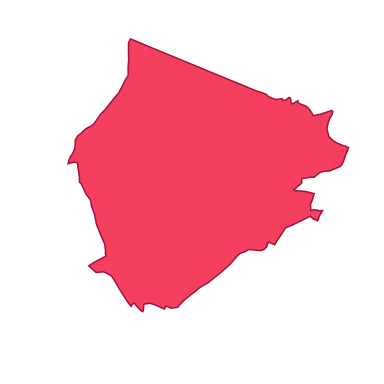 Baquba, Diyala, Iraq, rotated 203°
{"feature_id": "34846034B22760566253423", "entity_name": "Baquba", "entity_type": "district", "adm_level": 2, "iso_a3": "IRQ", "parent_name": "Iraq", "parent_adm1": "Diyala", "projection": "natural_earth1", "projection_center": [44.628, 33.645], "detail": "fine", "context": "isolated", "style": "filled", "palette": "rose", "viewbox_px": 384, "rotation_deg": 203, "n_neighbors": 0, "source": "geoboundaries", "source_scale": "gbopen_adm2", "svg_char_len": 2851}
<svg xmlns="http://www.w3.org/2000/svg" viewBox="0 0 384 384"><g transform="rotate(203 192 192)"><path d="M92.4,302.9L92.7,303.6L92.9,304.5L93.1,305.9L93.7,309.1L93.8,311.0L93.9,313.4L93.4,318.0L94.0,321.3L95.6,321.4L96.5,320.6L99.0,318.4L102.2,315.5L103.1,314.7L104.0,313.9L105.7,312.7L107.1,311.8L108.6,310.7L110.3,309.6L111.8,311.0L113.2,312.0L115.2,313.3L118.8,315.1L122.0,315.6L125.2,315.4L127.6,315.4L129.5,315.9L130.1,317.4L130.6,316.7L132.9,313.7L134.7,312.1L136.2,313.4L136.8,315.2L137.5,316.0L138.2,316.9L139.7,316.9L140.2,316.0L141.1,314.3L141.8,312.8L144.0,312.1L145.7,313.1L149.7,310.6L151.8,309.8L154.2,309.7L158.9,309.7L159.4,309.7L161.3,310.8L165.5,310.8L169.0,310.5L174.9,310.1L181.0,310.1L190.1,310.0L200.3,309.9L208.4,309.8L216.1,309.7L223.3,309.6L230.0,309.6L246.9,309.4L257.4,309.3L270.5,309.2L284.6,309.0L290.6,309.0L308.4,308.9L308.8,304.7L306.5,299.1L301.7,288.2L299.6,282.0L296.3,274.4L297.1,269.5L297.4,264.5L298.2,254.6L300.1,248.7L302.5,240.1L304.1,233.9L306.5,228.0L308.9,216.4L310.7,213.1L312.3,211.5L314.5,208.5L316.1,205.2L317.2,202.3L319.0,199.3L319.6,195.7L319.6,193.7L317.4,188.4L316.9,185.4L316.9,180.8L317.7,176.9L317.7,172.9L317.2,170.3L317.1,169.6L315.0,171.3L312.0,173.6L309.9,173.9L308.8,173.9L306.7,170.3L301.3,161.4L299.4,157.1L296.8,156.1L289.0,148.9L282.3,144.9L278.6,139.3L272.9,133.4L267.8,125.5L261.1,118.6L251.8,109.7L248.3,103.4L248.1,102.4L248.0,101.8L246.1,99.8L248.3,96.8L254.7,88.9L258.2,83.6L255.5,82.7L248.8,80.4L245.9,82.0L242.1,84.0L238.6,84.0L237.6,83.8L233.6,83.3L229.8,81.0L219.6,73.4L207.6,65.2L203.3,62.9L203.3,64.6L202.7,65.6L202.1,66.8L201.1,66.8L198.1,65.3L194.9,63.8L192.1,62.8L190.7,62.6L190.5,63.8L191.3,66.8L192.5,69.8L191.7,70.5L189.5,71.7L187.7,73.2L185.9,73.2L182.3,73.7L171.6,73.5L171.4,76.9L169.2,76.9L165.8,76.9L162.2,79.1L159.8,80.6L159.4,82.9L158.0,86.6L156.8,89.8L153.8,95.2L151.6,99.4L150.0,102.1L147.5,107.1L142.6,113.6L142.1,114.2L137.1,123.4L133.1,131.0L128.7,140.4L126.9,145.9L125.3,151.0L124.0,154.0L119.4,158.2L117.8,160.9L114.0,162.4L109.4,163.7L105.8,164.9L103.4,167.1L101.8,170.6L102.0,172.8L102.0,175.8L101.0,175.8L95.3,175.8L94.5,181.4L93.1,188.1L91.9,195.5L85.3,202.4L78.8,209.9L73.6,216.0L70.1,214.6L67.2,214.6L65.2,214.5L65.2,216.2L65.3,219.2L65.3,220.8L64.5,225.9L67.2,224.7L69.5,224.2L71.9,223.7L73.7,222.6L75.5,221.5L78.2,227.4L78.1,230.0L78.2,232.8L78.9,238.3L81.0,237.9L83.6,237.5L88.2,236.8L97.5,233.5L99.1,233.7L94.7,242.9L95.0,244.6L96.1,246.1L95.8,247.4L93.2,249.0L89.6,251.4L87.6,252.6L85.7,252.9L84.7,254.7L84.3,255.3L83.1,258.0L82.6,258.7L81.2,260.7L79.7,261.7L77.2,263.5L73.6,265.0L71.0,267.9L65.7,273.2L65.2,274.4L64.9,275.3L64.4,278.8L64.7,281.6L65.0,285.4L65.0,288.2L65.0,291.3L65.3,294.1L68.4,294.1L70.4,293.8L74.6,293.8L78.0,293.8L82.8,294.5L83.7,294.9L87.7,296.6L92.4,302.9Z" fill="#f43f5e" stroke="#9f1239" stroke-width="1.5"/></g></svg>